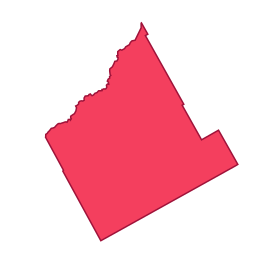 outline of Haakon, South Dakota, United States of America, rotated 331°
{"feature_id": "52423323B12436864135632", "entity_name": "Haakon", "entity_type": "district", "adm_level": 2, "iso_a3": "USA", "parent_name": "United States of America", "parent_adm1": "South Dakota", "projection": "orthographic", "projection_center": [-101.585, 44.371], "detail": "fine", "context": "isolated", "style": "filled", "palette": "rose", "viewbox_px": 256, "rotation_deg": 331, "n_neighbors": 0, "source": "geoboundaries", "source_scale": "gbopen_adm2", "svg_char_len": 1287}
<svg xmlns="http://www.w3.org/2000/svg" viewBox="0 0 256 256"><g transform="rotate(331 128 128)"><path d="M203.5,213.2L206.4,213.1L206.1,173.8L186.6,174.0L186.4,134.3L188.3,134.3L188.0,55.6L190.8,55.6L190.7,42.6L190.3,42.7L188.0,46.8L176.7,54.7L173.7,53.7L171.6,54.3L169.6,55.8L165.3,55.9L163.5,56.9L160.3,56.9L159.2,55.6L156.1,56.2L155.0,58.1L154.3,59.7L153.3,59.4L152.9,60.9L153.5,61.5L152.5,63.0L150.8,64.0L148.8,63.3L146.9,64.9L144.0,66.9L140.8,67.5L139.7,69.1L138.3,72.6L138.5,73.6L136.8,74.1L136.2,75.5L134.3,75.7L132.6,77.0L133.1,78.3L132.3,80.4L131.3,79.6L129.9,80.1L129.2,82.0L128.0,82.9L126.8,82.9L126.0,82.1L124.7,82.0L123.9,81.7L123.5,82.7L122.2,82.2L120.3,81.2L118.0,82.0L115.9,81.6L113.8,82.4L112.2,82.3L111.7,80.9L111.6,80.0L110.2,79.8L109.0,80.5L107.6,80.0L106.1,79.3L104.1,80.5L103.1,82.5L101.5,82.5L100.7,81.8L99.0,81.2L97.3,81.6L96.4,83.1L94.5,83.5L92.9,83.4L92.8,85.3L90.7,87.8L88.1,89.5L86.3,89.6L83.6,89.9L82.8,91.4L82.9,92.4L81.5,93.2L81.5,92.4L79.9,91.6L78.7,92.7L77.4,93.4L76.8,92.6L75.8,92.2L73.8,91.9L72.0,91.5L70.7,91.3L70.0,90.6L68.8,90.4L67.5,90.7L65.6,91.3L64.0,91.9L62.2,91.6L60.7,91.1L58.0,92.3L56.1,92.8L54.7,93.6L53.0,93.7L51.6,96.0L51.4,96.1L51.1,133.7L50.1,134.1L49.6,213.4L203.5,213.2Z" fill="#f43f5e" stroke="#9f1239" stroke-width="1.5"/></g></svg>